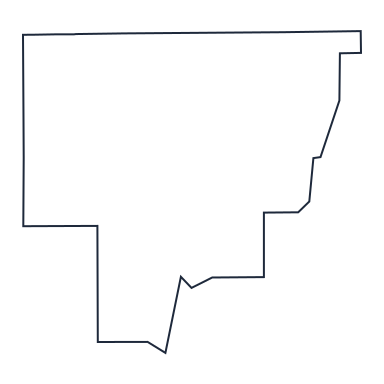 the district of Catoosa, Georgia, United States of America
{"feature_id": "52423323B32210031675876", "entity_name": "Catoosa", "entity_type": "district", "adm_level": 2, "iso_a3": "USA", "parent_name": "United States of America", "parent_adm1": "Georgia", "projection": "natural_earth1", "projection_center": [-85.131, 34.878], "detail": "fine", "context": "isolated", "style": "outline", "palette": "slate", "viewbox_px": 384, "rotation_deg": 0, "n_neighbors": 0, "source": "geoboundaries", "source_scale": "gbopen_adm2", "svg_char_len": 494}
<svg xmlns="http://www.w3.org/2000/svg" viewBox="0 0 384 384"><path d="M360.7,31.1L283.5,32.2L283.4,32.2L123.1,33.4L116.8,33.5L80.5,34.0L78.9,34.0L75.7,34.1L74.2,34.3L64.1,34.3L58.0,34.3L35.0,34.7L23.0,34.8L23.5,119.2L23.7,157.8L23.3,226.2L97.4,225.9L97.8,342.0L147.6,341.9L165.4,352.9L180.9,276.8L191.5,287.9L212.2,277.5L263.9,277.1L263.9,212.6L298.2,212.3L309.3,201.5L313.4,158.1L320.5,157.1L339.4,100.5L339.9,53.3L361.0,52.9L360.7,31.1Z" fill="none" stroke="#1e293b" stroke-width="2"/></svg>